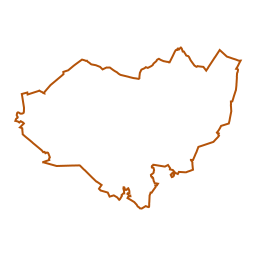 Suntažu pag., Ogre, Latvia
{"feature_id": "27541924B15599164032444", "entity_name": "Suntažu pag.", "entity_type": "district", "adm_level": 2, "iso_a3": "LVA", "parent_name": "Latvia", "parent_adm1": "Ogre", "projection": "mercator", "projection_center": [24.882, 56.884], "detail": "fine", "context": "isolated", "style": "outline", "palette": "amber", "viewbox_px": 256, "rotation_deg": 0, "n_neighbors": 0, "source": "geoboundaries", "source_scale": "gbopen_adm2", "svg_char_len": 5350}
<svg xmlns="http://www.w3.org/2000/svg" viewBox="0 0 256 256"><path d="M93.9,179.2L94.7,180.0L96.5,181.7L96.8,181.7L97.0,181.8L100.1,183.9L100.2,184.0L101.6,185.0L101.1,185.7L99.6,187.8L99.0,188.8L100.6,190.5L100.9,190.5L102.0,190.9L106.6,192.2L107.8,192.6L109.6,196.6L113.8,195.4L117.2,197.4L117.6,197.9L119.2,199.8L119.7,199.4L119.9,199.3L121.9,195.9L121.6,195.1L123.6,193.2L124.2,193.3L124.0,190.9L123.4,188.6L123.6,187.3L124.3,187.4L125.2,189.9L126.5,189.9L127.1,189.5L127.4,188.7L128.3,188.3L129.2,190.4L129.4,191.8L129.4,193.1L127.8,193.2L127.4,193.9L129.5,195.8L130.3,195.6L130.4,196.2L129.6,196.2L128.0,197.0L127.5,198.1L130.4,199.7L134.3,202.1L136.0,204.0L136.6,204.6L137.7,206.5L137.9,206.6L139.0,207.3L139.2,207.5L139.8,208.2L139.9,208.3L140.0,208.3L141.2,208.5L141.6,208.5L141.8,208.5L145.7,206.1L148.3,207.1L149.0,206.9L149.1,206.6L149.2,204.8L149.2,203.1L149.2,202.9L149.3,202.4L149.6,195.4L150.0,194.5L150.6,192.6L151.6,192.7L153.3,190.2L155.6,187.0L155.6,186.9L155.6,186.0L155.5,185.8L156.9,185.4L157.8,183.9L157.7,183.9L157.8,183.7L156.5,183.4L154.8,183.5L154.3,182.1L153.7,181.0L153.1,178.0L152.2,177.7L152.2,176.9L151.2,176.5L150.9,174.9L151.1,174.7L153.2,173.2L153.5,172.8L153.7,172.4L153.7,171.3L153.8,171.1L154.0,170.5L154.1,170.2L153.6,168.2L153.5,167.9L151.9,167.5L151.8,166.4L152.1,165.8L153.4,165.2L153.4,164.8L153.8,164.8L161.2,166.0L164.9,166.6L168.0,165.0L170.1,168.2L169.9,169.4L172.8,170.0L174.0,171.4L174.1,171.5L173.5,171.9L173.5,172.8L173.0,173.2L172.9,173.3L172.3,173.1L170.7,174.8L171.8,177.1L172.8,176.8L172.9,176.3L173.9,175.7L173.4,173.9L174.3,174.0L174.7,172.6L177.8,174.0L178.9,171.9L180.3,172.0L185.1,172.3L185.3,172.4L185.2,172.3L185.8,172.3L186.0,172.3L187.8,171.6L188.7,171.3L189.9,170.9L193.0,169.7L192.9,168.8L192.8,168.3L192.4,164.1L192.4,162.2L190.9,160.0L190.9,159.9L193.0,160.0L194.9,155.6L195.8,153.4L196.3,152.5L197.3,149.8L198.4,146.9L201.8,145.8L213.4,141.9L213.5,141.8L213.7,141.6L215.9,139.2L216.6,138.5L218.5,136.5L218.7,136.1L219.0,135.6L218.5,135.1L218.3,134.8L218.3,134.3L218.4,134.1L218.6,133.8L218.8,133.4L218.6,133.3L217.4,133.2L217.0,132.7L216.9,132.5L217.2,132.3L218.7,130.3L220.3,127.5L221.1,125.9L228.8,123.5L229.5,120.7L229.7,119.5L229.9,118.4L231.3,111.2L231.2,110.1L231.1,108.4L231.0,106.5L230.9,106.1L230.9,105.4L230.9,104.8L231.0,104.7L230.9,101.5L232.3,101.4L233.2,98.6L233.9,96.2L235.8,90.3L235.9,90.2L236.2,87.5L236.4,85.7L236.5,83.4L236.6,82.7L236.6,82.3L236.9,77.4L236.8,76.7L236.9,76.0L237.0,74.0L237.1,73.2L237.3,72.6L237.7,71.9L237.7,71.5L237.8,71.2L237.9,70.7L238.0,70.0L238.0,69.7L237.9,69.5L237.8,69.3L237.6,69.2L237.0,68.9L236.2,68.8L236.8,67.7L237.0,67.6L238.7,64.3L239.0,63.6L240.6,60.6L240.1,60.6L239.7,60.9L238.0,60.4L235.7,59.5L232.8,58.6L230.0,57.6L226.9,56.6L219.7,50.0L219.2,50.8L215.6,56.3L215.5,56.5L214.8,57.5L214.7,57.5L214.1,58.5L208.3,67.3L207.9,68.1L206.2,70.6L203.4,66.9L198.4,66.3L197.6,66.1L196.9,66.7L196.4,66.8L194.4,65.5L190.7,60.4L189.0,57.0L188.3,56.2L188.2,56.1L187.3,55.9L186.2,55.5L186.1,55.4L185.8,54.7L185.7,54.5L184.6,52.8L184.3,52.4L184.2,52.0L183.9,51.6L183.6,51.4L183.3,51.4L182.9,51.5L182.7,51.5L182.6,51.2L181.8,48.7L181.6,48.4L180.9,47.5L180.7,47.5L180.2,48.1L180.1,48.3L179.9,48.5L179.5,48.7L179.4,48.8L179.2,49.3L179.0,49.5L178.8,49.5L178.7,49.4L178.5,49.1L178.5,48.8L178.5,48.7L178.3,48.6L178.1,48.5L177.9,48.6L177.7,48.6L177.4,49.1L177.5,49.3L177.8,49.5L177.6,49.9L177.3,50.0L176.8,50.0L176.7,50.0L176.5,49.8L176.4,49.8L175.7,50.2L174.8,51.7L172.6,56.3L171.5,58.5L169.6,62.3L168.7,62.3L168.2,61.9L167.7,61.9L167.3,61.9L164.0,61.2L163.7,61.2L162.3,60.6L160.7,59.9L158.9,58.8L157.3,59.6L156.8,60.2L156.3,61.2L155.8,61.6L153.5,63.6L153.4,63.8L152.8,64.9L152.7,65.1L151.3,66.1L147.8,67.9L145.8,67.2L144.6,68.2L143.5,68.7L141.5,69.6L141.0,70.4L140.7,71.2L139.9,72.8L139.4,76.9L139.4,78.3L139.2,78.5L138.7,78.9L135.9,78.4L133.6,78.1L129.8,77.2L128.5,76.8L120.6,74.9L120.0,74.6L118.7,73.8L116.7,72.1L115.5,71.5L113.3,70.1L109.8,67.5L109.6,67.5L107.7,67.6L106.6,67.5L105.5,68.0L102.6,69.4L100.1,66.9L95.8,65.2L91.5,64.4L90.9,64.1L89.4,62.8L87.8,61.8L86.9,60.7L86.3,60.9L85.9,60.9L85.6,60.8L84.9,60.4L82.0,59.6L75.3,64.5L73.6,65.8L68.2,70.3L63.3,71.9L63.5,74.2L50.5,85.1L46.6,89.6L44.3,92.3L44.4,93.4L43.1,92.9L42.4,92.3L41.8,91.9L40.9,91.6L39.3,90.6L39.1,90.8L27.6,94.5L27.3,92.5L21.8,94.0L22.2,96.2L24.0,107.8L23.9,111.7L23.8,111.8L23.7,112.7L22.9,113.3L22.5,113.5L22.1,113.6L20.9,113.7L20.4,113.6L20.1,113.5L19.6,113.1L19.3,112.9L18.3,112.4L18.2,112.4L17.8,112.4L17.6,112.5L17.3,112.8L17.1,113.3L17.0,113.7L16.7,115.1L16.8,115.5L17.0,115.9L17.6,116.8L17.7,117.1L17.7,117.5L17.5,117.8L17.3,118.0L16.8,118.2L16.5,118.5L16.1,118.9L16.0,119.1L15.7,119.8L15.6,120.2L15.5,120.7L15.4,120.9L17.7,121.4L19.3,122.5L20.7,121.2L23.3,122.7L23.9,123.5L21.7,125.6L20.8,126.6L20.0,127.4L22.2,128.2L22.3,128.8L22.2,128.8L22.7,133.7L22.7,134.2L22.7,134.3L23.6,135.1L25.3,136.6L28.0,138.8L30.7,141.0L30.8,141.2L31.0,141.3L31.6,141.8L32.2,142.3L32.9,143.0L35.1,144.8L41.7,150.3L41.9,150.5L43.2,152.2L44.6,151.9L45.4,153.2L47.0,152.5L48.0,152.8L48.4,153.5L49.8,157.2L49.6,157.4L49.7,157.6L49.0,159.0L49.3,160.0L43.9,161.8L43.2,162.0L43.2,162.3L43.6,162.3L44.4,162.6L56.6,166.0L73.8,165.5L74.9,165.5L79.5,165.4L80.0,165.6L80.3,165.9L84.0,169.6L84.6,170.0L91.9,177.3L92.2,177.6L93.8,179.1L93.9,179.2Z" fill="none" stroke="#b45309" stroke-width="2"/></svg>